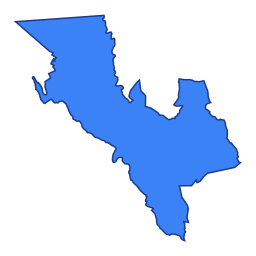 Tomatlán, Veracruz, Mexico (Mercator projection)
{"feature_id": "50627088B86520659550997", "entity_name": "Tomatlán", "entity_type": "district", "adm_level": 2, "iso_a3": "MEX", "parent_name": "Mexico", "parent_adm1": "Veracruz", "projection": "mercator", "projection_center": [-96.998, 19.019], "detail": "fine", "context": "isolated", "style": "filled", "palette": "blue", "viewbox_px": 256, "rotation_deg": 0, "n_neighbors": 0, "source": "geoboundaries", "source_scale": "gbopen_adm2", "svg_char_len": 5813}
<svg xmlns="http://www.w3.org/2000/svg" viewBox="0 0 256 256"><path d="M240.4,162.6L239.1,162.2L238.5,161.5L237.7,159.9L237.0,158.1L238.3,156.9L238.3,156.5L237.5,155.0L237.7,153.0L237.0,151.3L236.9,150.4L236.4,149.0L235.3,147.8L234.8,147.1L233.3,145.6L231.4,143.0L230.4,142.9L229.6,142.6L229.3,142.1L228.7,140.5L227.1,138.4L226.5,138.2L226.9,137.5L227.3,136.4L227.4,130.5L225.8,126.5L225.2,123.0L224.3,120.4L223.8,120.0L223.3,119.9L222.5,120.0L220.5,119.2L219.9,119.4L219.2,120.2L218.8,120.1L216.5,119.3L216.3,118.5L215.2,117.1L214.4,116.5L212.3,116.4L211.4,115.5L210.5,114.4L209.7,113.7L209.3,113.2L209.9,112.1L209.8,111.8L207.7,110.1L207.0,109.8L206.1,109.6L205.8,109.2L205.5,108.6L205.4,107.8L205.9,104.9L206.8,104.1L207.5,103.6L209.4,102.9L210.7,102.6L210.0,101.8L209.2,100.1L208.5,97.6L208.0,95.6L208.2,94.7L207.7,91.1L203.8,80.7L200.9,81.4L198.9,81.7L194.4,81.4L192.1,80.1L191.4,80.1L189.7,79.6L186.2,79.8L183.9,79.6L181.7,79.3L179.1,78.9L178.6,82.3L179.0,82.6L179.5,88.8L179.2,90.9L178.5,94.3L178.7,97.5L176.9,100.8L173.8,104.8L175.3,105.8L176.9,106.1L180.3,105.8L182.2,105.8L182.5,106.1L182.6,106.6L181.0,108.3L179.7,110.5L179.4,113.1L178.9,113.6L178.0,113.9L177.5,114.3L177.2,115.7L176.6,116.2L175.2,116.8L174.9,118.5L173.5,118.2L172.1,118.4L171.4,119.3L170.2,119.4L168.2,119.5L163.0,115.4L161.2,115.1L160.4,115.1L159.6,115.3L157.8,112.6L151.0,108.1L145.4,106.4L145.6,95.8L140.8,90.7L139.4,80.1L137.5,81.8L136.1,83.4L130.5,90.6L128.9,96.4L129.9,97.8L131.7,99.4L132.9,100.3L130.0,102.8L129.1,102.1L128.6,101.0L127.9,99.9L126.5,98.7L125.5,98.2L122.9,94.9L122.5,94.0L122.5,93.6L122.2,92.6L121.6,90.8L121.4,89.8L122.4,89.2L123.0,88.7L123.3,87.9L123.2,87.1L122.7,86.5L121.8,85.8L120.7,85.6L119.5,85.5L118.2,86.1L116.7,86.0L116.0,85.3L115.5,85.4L115.5,84.8L115.9,84.3L116.4,83.1L117.0,82.2L117.6,80.7L117.8,79.5L117.7,78.5L117.7,77.8L117.6,77.4L117.2,77.1L116.1,76.7L115.3,76.1L115.0,75.8L114.6,75.6L114.4,75.3L114.5,74.3L115.1,73.7L115.3,73.1L115.5,72.2L115.2,71.7L115.0,71.0L114.2,70.1L113.8,69.6L114.3,68.2L114.1,67.1L113.4,64.1L113.5,62.6L113.2,60.9L113.2,59.5L113.3,58.6L114.0,57.7L114.9,56.6L115.2,56.3L115.3,55.6L115.0,55.2L114.5,54.9L113.6,54.5L113.1,54.4L112.9,54.1L112.2,53.6L112.0,52.2L112.0,51.3L112.3,49.9L113.1,47.9L114.1,46.5L114.6,45.5L114.8,44.5L114.9,43.6L114.7,42.3L114.8,39.9L114.5,38.6L113.8,38.3L112.5,38.7L111.9,39.1L111.2,38.8L111.1,37.6L111.4,36.8L111.2,35.9L111.3,34.9L111.4,34.5L111.7,34.4L111.8,33.5L111.7,33.2L111.2,32.1L110.4,32.2L108.9,32.5L108.4,32.8L107.2,33.2L106.2,33.0L105.8,32.7L105.9,32.0L106.5,31.1L106.9,30.4L107.1,29.3L107.0,28.6L105.5,25.6L105.5,21.7L104.9,20.8L103.5,20.5L102.7,19.6L102.7,19.2L103.2,18.4L103.7,18.1L104.2,17.5L104.2,16.7L104.0,15.4L15.6,21.7L49.7,51.4L53.2,52.6L51.9,55.0L56.1,57.6L55.1,59.4L53.6,58.6L52.6,60.3L53.7,60.7L54.3,61.1L52.2,61.2L50.9,63.8L54.0,65.2L52.8,67.0L53.4,67.6L54.3,68.5L54.5,69.1L55.3,70.6L48.6,73.7L49.4,75.1L50.6,77.8L45.1,81.7L45.3,83.7L45.0,86.9L45.6,89.0L46.7,92.3L46.9,93.2L46.7,93.9L46.2,94.5L45.6,94.8L44.4,94.6L43.7,93.8L42.7,92.0L42.1,88.4L41.7,87.4L40.1,84.8L38.5,82.8L38.3,82.5L37.4,82.9L33.9,77.0L33.7,76.7L32.9,76.9L32.4,77.7L32.6,78.4L33.7,79.9L34.2,80.8L34.3,82.0L35.1,83.7L35.7,87.5L35.8,88.2L35.7,89.2L36.6,89.8L37.2,90.3L38.5,92.3L38.7,92.9L39.1,93.7L39.8,95.4L39.9,96.6L40.4,97.6L40.7,99.3L41.5,100.4L41.9,100.6L42.7,101.7L44.1,103.3L44.9,103.5L46.5,102.1L48.2,101.1L50.0,99.9L50.8,99.4L51.4,99.3L53.0,101.2L53.5,101.2L54.3,102.7L55.1,102.9L56.0,102.7L58.0,102.8L59.1,101.9L60.2,101.2L61.7,101.1L63.2,101.5L64.8,103.0L65.8,103.7L66.5,104.6L66.9,106.0L67.2,106.8L67.6,107.2L68.9,111.0L70.1,113.2L70.6,114.3L70.9,114.9L71.7,115.5L72.5,116.3L72.8,116.9L73.0,118.9L73.4,119.2L74.7,119.7L76.5,121.1L79.2,121.1L79.8,121.5L80.9,122.9L81.4,123.9L81.8,124.9L81.9,125.9L82.3,127.1L82.9,127.9L85.0,129.9L86.0,130.6L86.9,131.8L87.3,132.7L88.1,132.7L89.5,132.6L90.6,133.2L91.7,133.8L92.5,134.4L93.3,135.4L94.0,136.2L95.0,137.1L96.2,137.5L98.4,138.0L101.3,139.9L103.3,140.5L104.8,141.0L105.9,142.5L107.4,142.5L108.7,143.3L109.4,143.2L110.0,144.1L110.6,144.6L111.1,144.6L112.2,145.7L113.2,145.7L114.4,146.9L115.0,147.1L115.7,147.7L116.0,148.5L116.0,149.4L115.2,150.3L114.6,151.4L114.3,152.3L113.8,153.0L113.3,154.1L113.0,155.0L112.7,157.1L112.5,157.8L112.5,159.9L112.6,160.9L113.3,162.3L114.1,162.5L114.7,162.2L115.8,161.5L117.0,159.5L117.2,158.9L117.8,158.2L118.1,158.0L118.5,157.7L118.9,157.5L119.8,157.4L121.8,157.5L122.5,158.4L122.2,160.8L124.9,163.8L128.0,164.0L129.1,164.8L130.0,167.6L129.8,169.9L128.8,171.5L129.0,173.5L129.6,173.5L129.9,175.9L130.8,180.1L132.1,180.2L132.8,181.8L134.8,184.1L136.5,185.5L140.6,190.8L141.2,191.3L143.6,193.5L144.9,194.6L145.7,194.8L146.2,196.4L146.9,196.4L146.3,198.4L145.5,200.3L145.6,201.3L146.8,201.3L146.8,202.1L146.5,202.9L145.7,204.4L146.1,205.4L147.9,206.5L152.6,207.9L153.4,208.5L151.6,210.2L152.6,211.3L154.1,212.8L154.8,213.6L155.2,214.5L155.7,216.4L155.9,217.3L156.6,219.4L156.6,221.0L157.0,223.8L157.5,224.7L158.2,225.5L158.7,226.0L159.5,226.6L159.9,228.1L160.8,228.8L161.4,229.1L163.7,231.6L164.5,232.6L165.4,233.2L166.5,234.2L169.0,235.0L170.0,235.1L170.7,234.3L171.4,234.0L172.7,234.1L175.0,234.2L176.0,234.5L177.3,235.1L178.5,235.2L179.4,235.7L180.1,236.4L180.7,237.3L181.1,238.4L181.8,239.3L182.9,240.0L184.7,240.6L184.1,238.9L183.9,237.6L184.0,236.1L184.3,235.0L184.2,233.5L185.3,232.5L185.5,231.5L184.9,231.3L184.8,230.4L184.5,229.6L184.6,228.9L185.1,228.3L184.6,227.2L184.8,226.7L184.7,223.8L183.9,222.4L183.8,221.5L186.6,222.1L188.0,222.3L188.4,222.4L187.0,217.6L187.0,216.9L187.6,213.4L188.3,208.5L187.6,206.1L186.8,204.3L182.1,197.5L181.8,196.9L181.5,195.6L180.7,191.3L179.3,185.8L191.4,185.7L192.7,184.4L196.2,180.0L196.5,181.1L197.1,182.7L200.0,181.3L203.7,176.7L207.3,173.3L234.8,167.4L240.4,162.6Z" fill="#3b82f6" stroke="#1e3a8a" stroke-width="1.5"/></svg>